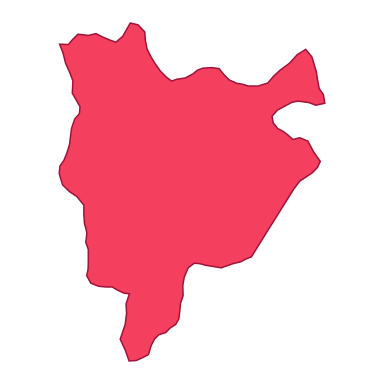 Taiúva, São Paulo, Brazil (Equal Earth projection)
{"feature_id": "56859067B50501087510424", "entity_name": "Taiúva", "entity_type": "district", "adm_level": 2, "iso_a3": "BRA", "parent_name": "Brazil", "parent_adm1": "São Paulo", "projection": "equal_earth", "projection_center": [-48.427, -21.141], "detail": "fine", "context": "isolated", "style": "filled", "palette": "rose", "viewbox_px": 384, "rotation_deg": 0, "n_neighbors": 0, "source": "geoboundaries", "source_scale": "gbopen_adm2", "svg_char_len": 1606}
<svg xmlns="http://www.w3.org/2000/svg" viewBox="0 0 384 384"><path d="M59.6,44.2L63.0,52.9L65.6,63.3L69.8,72.7L72.9,80.8L72.3,93.2L80.0,106.7L79.4,113.6L74.6,119.2L71.5,128.6L69.5,144.5L66.7,153.6L63.9,160.3L59.9,166.1L59.2,173.6L62.6,184.9L69.6,191.7L76.8,196.5L83.9,205.2L83.8,213.8L84.4,223.0L86.9,232.8L85.8,242.5L88.3,249.4L88.3,261.8L88.1,269.0L86.7,275.7L90.8,283.2L98.7,286.3L106.3,287.0L112.2,287.0L117.4,290.1L123.8,293.1L129.4,293.8L126.0,304.1L126.6,313.1L125.2,324.4L120.2,339.2L125.2,350.1L129.1,361.0L136.2,360.5L142.7,357.6L148.5,354.5L151.3,345.2L154.5,339.1L158.9,334.7L165.7,332.6L169.9,328.2L175.7,324.4L178.9,318.8L179.8,310.8L180.5,303.4L183.1,295.7L182.8,285.6L184.2,277.3L188.2,267.8L194.3,263.2L200.0,263.7L205.8,265.3L221.3,267.8L232.9,263.7L240.8,261.8L245.7,259.1L251.4,256.9L263.6,237.2L293.8,189.0L299.8,181.1L312.4,172.7L317.5,167.4L320.3,161.4L313.5,151.7L307.9,141.1L299.7,137.7L293.0,139.5L288.0,135.1L282.9,131.2L277.8,128.6L273.3,123.0L272.0,116.2L277.5,110.1L291.9,102.3L298.1,101.1L309.0,102.6L315.8,105.2L324.8,103.3L323.4,94.6L319.2,88.6L317.5,79.6L316.4,72.1L314.4,65.2L311.9,56.9L305.7,49.4L297.3,54.6L289.4,63.3L280.1,70.2L273.7,76.1L267.8,83.0L258.2,86.0L248.4,86.0L242.4,84.2L236.7,83.3L229.2,79.9L223.9,74.6L219.1,68.6L211.6,67.6L202.6,68.2L197.4,70.2L192.9,73.9L185.1,78.0L176.9,79.2L171.6,81.1L166.0,76.8L160.6,71.3L155.2,63.8L151.1,57.0L147.1,49.1L145.4,40.7L144.8,32.0L138.0,24.8L130.3,23.0L122.7,36.3L115.9,42.2L108.9,39.7L102.4,36.9L96.0,33.6L88.3,35.4L78.0,34.2L72.6,39.5L68.4,44.5L59.6,44.2Z" fill="#f43f5e" stroke="#9f1239" stroke-width="1.5"/></svg>